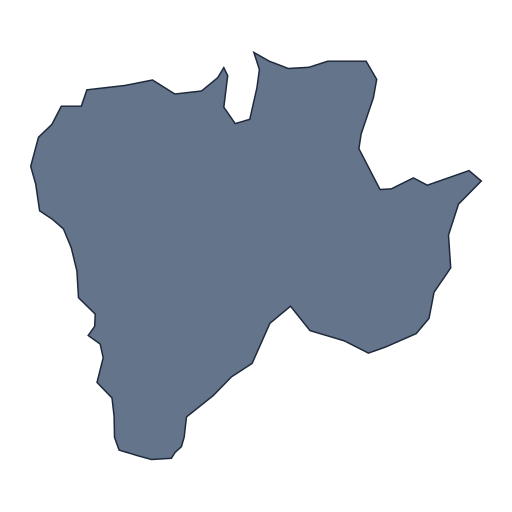 Pitargou, Paphos, Cyprus (Equal Earth projection)
{"feature_id": "46923920B91731553605011", "entity_name": "Pitargou", "entity_type": "district", "adm_level": 2, "iso_a3": "CYP", "parent_name": "Cyprus", "parent_adm1": "Paphos", "projection": "equal_earth", "projection_center": [32.543, 34.831], "detail": "fine", "context": "isolated", "style": "filled", "palette": "slate", "viewbox_px": 512, "rotation_deg": 0, "n_neighbors": 0, "source": "geoboundaries", "source_scale": "gbopen_adm2", "svg_char_len": 1032}
<svg xmlns="http://www.w3.org/2000/svg" viewBox="0 0 512 512"><path d="M181.4,446.7L184.2,437.0L185.7,423.7L186.5,416.9L213.2,395.6L231.5,376.8L252.1,363.4L269.9,323.3L290.5,306.2L310.0,330.6L344.4,340.9L368.4,353.1L385.6,347.0L416.2,333.6L429.0,318.4L432.2,301.9L434.0,292.3L450.7,267.9L448.5,235.1L458.5,204.1L481.3,181.0L471.6,172.8L469.0,170.6L427.3,185.2L413.4,177.9L391.2,188.9L380.0,189.5L358.9,148.7L361.1,134.1L373.4,97.7L376.7,79.4L366.1,61.2L344.4,61.2L327.8,61.2L308.8,67.3L288.3,68.5L269.3,61.2L253.9,52.5L259.4,69.5L256.9,87.8L249.8,119.3L235.2,123.6L223.8,107.2L227.7,75.7L223.8,67.6L217.7,77.7L201.5,91.0L174.8,94.0L152.5,80.0L124.7,85.5L86.9,89.8L81.3,106.2L61.3,106.2L51.9,124.4L38.5,137.2L30.7,166.4L35.7,184.0L39.6,210.8L52.4,219.3L63.5,229.0L71.3,247.9L76.9,271.0L78.5,297.7L95.2,314.1L94.7,326.3L88.2,335.5L100.2,344.1L103.2,357.8L97.0,382.4L112.0,398.0L114.1,416.3L114.5,437.3L119.1,450.1L138.7,456.0L151.5,459.5L171.4,458.3L175.0,452.5L181.4,446.7Z" fill="#64748b" stroke="#1e293b" stroke-width="1.5"/></svg>